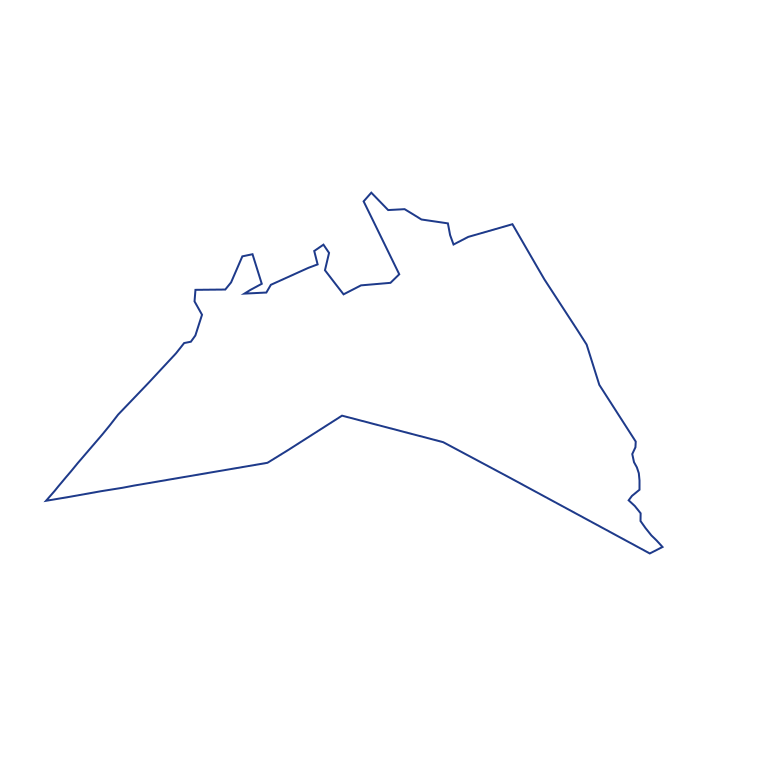 Capela, Alagoas, Brazil, rotated 282°
{"feature_id": "56859067B67921672673820", "entity_name": "Capela", "entity_type": "district", "adm_level": 2, "iso_a3": "BRA", "parent_name": "Brazil", "parent_adm1": "Alagoas", "projection": "equal_earth", "projection_center": [-36.089, -9.345], "detail": "fine", "context": "isolated", "style": "outline", "palette": "blue", "viewbox_px": 768, "rotation_deg": 282, "n_neighbors": 0, "source": "geoboundaries", "source_scale": "gbopen_adm2", "svg_char_len": 1169}
<svg xmlns="http://www.w3.org/2000/svg" viewBox="0 0 768 768"><g transform="rotate(282 384 384)"><path d="M530.4,509.4L567.0,476.4L545.4,435.8L534.9,423.0L543.4,417.7L554.4,413.1L552.7,386.4L556.4,376.1L559.3,367.8L555.0,351.9L568.5,331.8L558.4,326.1L541.2,339.6L494.5,376.1L484.3,369.3L479.8,354.5L475.7,341.0L463.3,325.8L471.4,316.2L483.0,302.6L500.8,303.0L507.7,295.8L499.6,288.1L487.2,294.2L481.9,285.9L475.3,276.9L457.5,252.7L449.0,249.9L443.4,228.7L448.2,233.7L456.6,243.6L483.6,228.4L479.4,218.9L451.6,213.3L443.4,209.1L436.9,180.0L425.4,181.5L413.9,191.6L392.2,189.4L385.2,186.3L382.5,180.0L370.8,174.2L335.6,153.1L298.8,130.3L286.6,124.4L276.3,119.1L242.8,100.8L233.3,95.9L226.3,92.1L216.1,86.7L211.0,84.1L199.5,77.7L208.3,100.0L220.3,129.5L228.2,150.0L232.7,160.7L282.7,286.4L299.6,304.1L344.3,349.5L339.4,454.0L318.4,526.8L273.5,679.2L282.5,690.3L287.6,683.2L291.5,677.0L297.4,669.8L303.3,663.4L310.9,661.9L316.8,654.7L321.1,647.5L326.1,649.8L333.7,655.9L342.7,654.0L349.7,651.8L355.0,648.7L359.5,644.8L367.1,641.4L374.4,643.1L380.0,642.2L427.9,594.8L464.7,574.0L476.5,562.4L519.6,519.2L530.4,509.4Z" fill="none" stroke="#1e3a8a" stroke-width="2"/></g></svg>